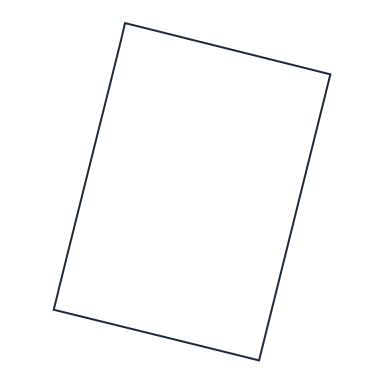 outline of Emmet, Iowa, United States of America, rotated 284°
{"feature_id": "52423323B99839165344534", "entity_name": "Emmet", "entity_type": "district", "adm_level": 2, "iso_a3": "USA", "parent_name": "United States of America", "parent_adm1": "Iowa", "projection": "mercator", "projection_center": [-94.714, 43.378], "detail": "fine", "context": "isolated", "style": "outline", "palette": "slate", "viewbox_px": 384, "rotation_deg": 284, "n_neighbors": 0, "source": "geoboundaries", "source_scale": "gbopen_adm2", "svg_char_len": 348}
<svg xmlns="http://www.w3.org/2000/svg" viewBox="0 0 384 384"><g transform="rotate(284 192 192)"><path d="M339.6,297.8L339.7,86.2L337.1,86.2L322.5,86.4L265.8,86.4L262.8,86.4L231.3,86.3L81.9,86.2L79.8,86.2L78.4,86.3L70.5,86.2L69.6,86.2L61.4,86.3L44.3,86.3L44.7,223.4L44.8,297.8L339.6,297.8Z" fill="none" stroke="#1e293b" stroke-width="2"/></g></svg>